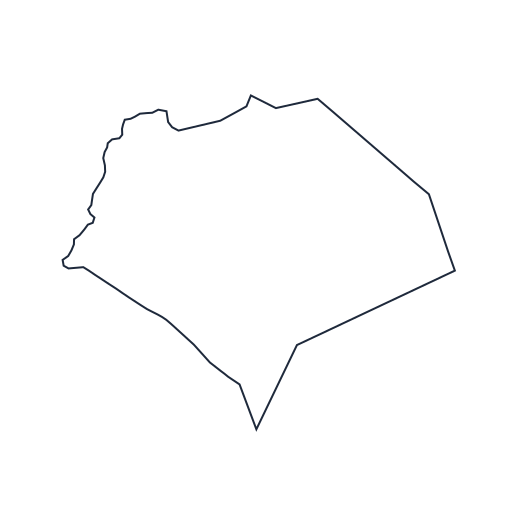 Nova Fátima, Bahia, Brazil, rotated 255°
{"feature_id": "56859067B84530933937954", "entity_name": "Nova Fátima", "entity_type": "district", "adm_level": 2, "iso_a3": "BRA", "parent_name": "Brazil", "parent_adm1": "Bahia", "projection": "natural_earth1", "projection_center": [-39.609, -11.617], "detail": "fine", "context": "isolated", "style": "outline", "palette": "slate", "viewbox_px": 512, "rotation_deg": 255, "n_neighbors": 0, "source": "geoboundaries", "source_scale": "gbopen_adm2", "svg_char_len": 1113}
<svg xmlns="http://www.w3.org/2000/svg" viewBox="0 0 512 512"><g transform="rotate(255 256 256)"><path d="M190.4,444.3L210.6,442.7L270.9,439.0L287.5,427.3L293.6,423.2L374.8,368.0L391.9,356.2L393.7,313.5L412.4,292.6L403.0,285.5L400.1,273.8L395.9,256.5L397.2,213.6L402.1,208.3L408.1,205.8L412.8,206.3L419.0,207.0L422.6,199.5L421.2,192.9L422.3,187.6L423.5,180.7L421.9,175.1L421.0,170.4L421.6,164.5L417.4,161.6L413.5,159.5L407.8,158.2L405.1,154.5L405.9,147.2L403.3,142.0L399.4,140.3L395.6,136.7L390.1,133.8L382.6,133.5L376.4,132.1L371.5,128.9L367.3,124.5L363.1,119.9L358.2,114.6L351.8,111.8L347.8,110.1L344.4,105.9L339.3,106.9L335.0,109.9L330.3,106.9L329.8,101.7L326.1,97.1L321.8,91.0L319.3,84.6L314.3,83.1L309.1,79.1L304.6,74.6L302.3,68.2L296.4,67.7L292.5,71.7L289.9,86.3L285.2,90.7L279.5,95.6L267.0,106.7L260.6,112.5L254.9,117.3L248.8,122.6L242.0,128.7L237.9,132.4L233.0,136.9L229.8,140.4L224.9,145.9L221.5,149.4L217.6,152.8L212.2,156.5L186.5,173.0L165.1,183.9L154.2,192.1L150.5,195.0L146.5,197.9L136.2,206.9L88.5,211.5L159.4,272.5L161.7,285.4L190.4,444.3Z" fill="none" stroke="#1e293b" stroke-width="2"/></g></svg>